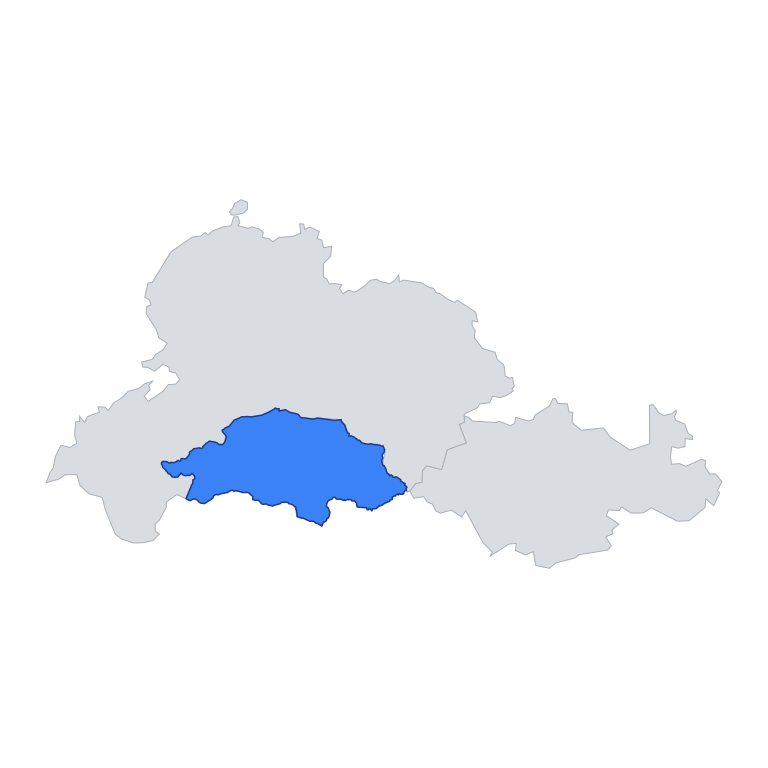 Mongolia highlighted, Mercator projection, rotated 180°
{"feature_id": "MNG", "entity_name": "Mongolia", "entity_type": "country or territory", "adm_level": 0, "iso_a3": "MNG", "parent_name": "Asia", "parent_adm1": "", "projection": "mercator", "projection_center": [102.872, 46.856], "detail": "fine", "context": "with_neighbors", "style": "filled", "palette": "blue", "viewbox_px": 768, "rotation_deg": 180, "n_neighbors": 2, "source": "natural_earth", "source_scale": "50m", "svg_char_len": 10094}
<svg xmlns="http://www.w3.org/2000/svg" viewBox="0 0 768 768"><g transform="rotate(180 384 384)"><path d="M358.2,276.9L352.3,284.6L346.0,285.7L345.6,297.1L341.4,302.2L326.3,298.5L320.8,318.3L301.7,325.1L308.6,343.5L303.4,346.2L304.0,352.1L299.3,350.6L295.4,346.9L271.5,345.5L268.7,346.7L257.8,342.3L253.5,344.4L252.3,350.6L239.8,347.0L234.7,348.5L233.0,353.0L218.6,362.0L215.2,369.3L212.4,369.3L210.3,364.6L200.6,364.2L199.0,355.9L195.3,355.8L195.9,345.4L186.8,337.8L164.7,340.1L157.4,330.6L137.9,317.8L118.3,324.2L118.6,362.8L114.7,363.3L109.3,355.3L104.2,352.4L95.5,354.6L92.1,358.0L91.7,355.5L93.6,351.2L92.1,347.6L83.3,344.0L79.8,334.5L75.6,331.9L75.4,328.4L82.8,329.4L83.1,321.5L89.6,319.8L96.3,321.4L97.6,310.7L96.3,303.8L88.6,304.4L82.1,301.7L66.2,308.9L62.3,307.1L63.1,301.4L58.2,293.8L52.6,294.1L46.1,286.4L50.5,277.6L48.3,275.2L54.3,262.2L62.2,269.1L63.1,260.4L78.9,247.2L90.8,246.9L116.7,260.2L124.8,255.1L136.9,254.9L146.6,261.1L148.8,257.5L159.6,258.1L161.5,252.3L149.1,243.9L156.4,237.8L155.0,234.4L162.3,231.1L156.8,222.3L160.3,217.9L188.9,213.4L192.6,210.1L211.7,205.3L218.6,199.7L232.3,202.6L234.7,216.3L242.6,213.1L252.5,217.5L251.8,224.6L259.1,223.9L278.3,211.6L275.5,215.7L285.2,225.7L302.3,257.3L306.3,250.9L316.8,257.9L327.8,254.8L332.0,257.0L335.7,263.9L341.0,266.2L344.3,271.3L354.1,269.7L358.2,276.9Z" fill="#d9dde1" stroke="#a8b0b8" stroke-width="1"/><path d="M526.9,568.3L520.7,565.8L520.4,558.9L524.2,555.2L532.5,552.9L536.9,553.1L538.6,556.2L535.3,559.8L533.5,564.4L526.9,568.3ZM304.0,352.1L303.4,346.2L308.6,343.5L301.7,325.1L320.8,318.3L326.3,298.5L341.4,302.2L345.6,297.1L346.0,285.7L352.3,284.6L358.2,276.9L361.1,275.9L363.1,284.0L369.6,290.1L380.4,294.4L385.7,303.4L382.8,316.4L385.5,321.1L404.9,324.4L414.1,331.1L418.8,332.3L422.3,342.1L426.8,348.3L450.9,350.3L461.1,348.9L468.6,350.4L479.9,356.7L489.1,356.7L492.5,359.9L501.4,354.4L513.7,350.8L525.2,350.4L534.1,346.7L544.9,337.6L541.2,330.0L545.2,323.1L557.4,326.2L565.0,320.5L576.6,316.3L582.2,309.0L587.6,305.9L598.7,304.4L604.7,305.6L605.5,301.7L598.6,293.8L592.5,290.1L586.6,294.3L579.1,292.6L574.8,294.0L572.8,289.4L581.9,269.0L591.1,273.4L601.8,265.9L601.7,260.7L608.6,247.8L612.9,243.8L612.8,236.9L608.6,234.0L614.9,227.6L624.4,225.3L634.5,225.0L645.9,228.8L652.6,233.5L662.9,258.8L665.7,270.5L679.0,274.2L688.0,282.5L691.1,293.3L702.7,293.3L709.3,288.8L721.9,285.4L717.9,295.7L714.9,299.8L712.3,312.0L707.2,322.6L697.9,320.7L691.4,324.5L693.4,333.7L692.3,346.1L688.4,346.4L688.4,351.7L683.5,345.5L680.5,351.4L668.7,355.8L669.9,361.2L663.3,360.8L659.7,357.6L654.4,364.9L646.0,370.3L639.8,376.7L629.1,379.6L623.5,384.2L615.3,386.9L619.4,382.3L617.8,378.5L623.8,371.8L619.8,366.5L604.5,377.0L599.8,383.4L592.3,383.9L588.4,388.4L592.4,395.0L598.7,396.6L598.9,400.9L605.0,403.7L613.5,396.9L620.3,400.6L625.2,400.9L626.5,405.9L615.7,408.6L612.1,413.7L604.7,418.4L600.8,424.9L609.0,430.0L612.0,439.1L621.8,454.3L621.7,461.0L616.9,463.4L618.7,468.1L623.2,470.8L620.1,484.9L615.8,485.6L597.0,516.2L575.9,530.9L567.3,531.9L562.6,535.5L560.0,532.9L555.7,537.0L545.0,541.1L536.9,542.3L534.3,551.0L530.1,551.4L528.1,545.5L529.9,542.3L519.7,539.7L516.1,541.1L508.4,538.9L504.7,535.6L505.9,530.8L499.0,529.3L495.3,526.2L488.8,530.6L475.3,531.5L467.2,534.8L468.4,544.2L464.3,543.9L463.4,538.6L457.8,541.0L448.8,536.4L451.0,529.5L446.2,527.9L444.4,520.3L436.3,521.7L437.3,511.7L444.5,504.6L444.6,491.1L441.2,489.0L438.7,483.9L434.2,484.6L426.0,483.3L428.6,479.6L425.0,474.2L419.6,477.9L413.1,475.7L404.4,481.3L397.4,487.7L391.3,488.8L387.9,486.5L378.4,484.3L374.3,486.5L369.3,492.9L368.6,486.1L364.0,487.9L346.4,485.1L340.2,481.3L334.3,479.5L331.7,475.3L327.5,474.1L319.8,468.4L313.6,465.6L310.5,467.8L292.4,455.9L290.2,446.0L295.7,447.2L296.0,442.6L292.9,437.9L293.7,430.4L285.5,419.5L272.9,415.7L270.7,408.4L265.0,404.0L263.7,401.2L262.8,391.9L258.2,389.7L255.7,390.7L253.7,381.6L255.9,379.4L254.8,377.0L262.1,372.3L267.4,370.4L275.5,371.7L278.4,365.3L288.2,364.1L290.9,360.0L302.9,354.5L304.0,352.1Z" fill="#d9dde1" stroke="#a8b0b8" stroke-width="1"/><path d="M361.6,277.5L362.5,277.5L363.9,276.4L364.1,275.9L364.1,274.9L364.5,274.1L366.0,273.7L366.5,273.9L367.9,273.7L368.7,274.2L369.4,274.1L369.6,273.8L369.6,273.2L369.9,273.1L370.4,273.7L370.7,273.9L371.5,273.5L372.0,273.2L372.2,272.4L372.5,272.0L373.0,272.2L373.7,272.2L374.3,271.6L375.7,271.0L375.8,270.6L375.5,269.7L375.6,268.8L376.4,268.2L377.4,268.2L378.1,267.8L378.3,266.8L378.7,266.5L380.0,266.2L382.2,265.1L383.3,265.0L384.1,264.0L384.7,263.8L386.1,262.7L388.5,262.0L389.1,262.1L389.3,261.4L389.9,260.9L390.5,260.8L391.3,259.7L392.1,259.3L395.0,259.3L395.6,258.4L395.8,257.5L396.3,257.3L396.8,258.0L398.0,259.0L398.3,259.4L398.8,259.5L399.2,259.1L399.5,258.3L400.1,258.2L400.8,258.3L401.3,259.8L402.0,260.4L403.3,260.3L406.0,260.6L409.4,260.8L410.7,261.0L411.0,261.5L411.5,264.0L411.5,265.0L411.9,265.5L412.3,265.7L413.1,266.6L413.5,267.4L414.3,267.1L415.9,267.1L416.6,267.5L416.8,268.1L417.3,268.4L419.4,268.3L419.8,268.6L420.4,268.7L420.8,268.3L421.9,268.0L422.5,267.5L423.0,267.5L423.6,268.1L424.0,267.9L424.2,267.6L424.6,267.6L425.8,268.2L426.5,268.8L427.0,268.9L428.0,268.6L428.2,268.9L428.7,269.1L429.5,268.7L431.6,269.0L432.5,269.9L432.8,270.5L433.3,270.8L434.5,270.7L435.9,269.5L436.2,268.7L437.2,268.3L438.2,268.3L438.9,267.7L439.4,267.5L440.1,266.7L441.3,264.0L441.6,261.8L441.5,261.3L441.0,261.0L440.5,260.8L439.6,259.9L439.1,258.4L439.0,257.4L438.0,255.8L438.1,255.0L438.7,253.6L438.8,252.2L439.0,251.4L439.3,251.0L439.6,250.2L440.1,249.7L440.8,249.7L441.0,249.5L441.2,248.6L441.7,247.4L442.0,246.9L444.2,245.8L445.2,244.6L445.5,243.9L445.8,242.5L446.2,241.9L446.7,242.1L447.2,242.9L447.7,242.9L450.1,244.3L452.5,245.0L454.0,246.4L454.9,246.6L458.2,246.8L464.0,249.4L465.2,250.1L465.8,249.9L466.6,249.9L470.7,251.3L471.1,251.8L471.1,252.5L471.0,253.0L471.0,254.3L471.4,255.0L471.6,256.8L471.5,257.7L471.7,258.2L472.0,258.4L472.3,259.0L472.1,260.0L472.1,260.6L472.4,261.1L473.5,261.4L474.1,262.1L475.1,263.0L476.4,263.7L478.7,264.2L479.3,264.5L479.8,265.3L480.7,265.4L482.3,266.0L483.6,265.5L485.7,265.8L486.5,265.6L487.8,264.4L488.7,264.0L489.7,263.9L490.4,263.6L492.6,263.1L493.5,263.0L494.8,262.1L495.7,262.0L498.1,262.7L499.5,262.8L501.0,263.7L502.1,264.0L504.8,263.7L505.8,263.9L507.6,265.3L508.3,266.6L509.8,267.8L512.9,267.8L515.0,268.3L515.3,268.5L515.2,269.4L515.2,271.3L515.4,271.7L515.7,271.8L515.9,272.4L517.3,273.2L518.8,274.8L519.7,275.4L520.4,275.6L521.3,275.5L525.1,275.5L526.8,275.9L527.3,276.2L532.5,277.4L533.4,276.9L534.2,276.8L535.7,277.8L536.3,277.7L537.3,277.4L541.1,275.2L541.8,275.4L544.2,274.7L546.8,274.4L549.1,273.4L550.0,273.2L551.5,273.5L552.4,273.3L554.3,272.2L555.1,270.0L558.2,267.6L560.6,266.4L562.0,265.2L563.7,264.4L564.4,264.6L567.1,264.9L569.1,266.0L569.8,266.9L571.2,268.2L572.4,268.9L574.6,269.0L577.7,267.5L578.4,267.5L579.4,267.9L580.9,268.6L581.5,269.1L581.9,269.7L577.0,281.2L576.9,281.9L576.4,283.0L575.4,284.3L575.1,285.7L575.2,286.9L575.1,288.1L573.1,289.4L573.3,291.5L573.8,292.3L574.5,293.2L575.9,294.5L576.7,294.2L577.3,293.3L578.5,292.5L580.6,292.7L581.7,292.4L582.5,292.4L583.6,292.6L584.9,293.1L585.9,293.9L586.5,294.7L587.0,294.9L587.8,293.8L588.6,293.1L590.2,291.0L591.8,290.9L592.3,290.7L593.1,290.6L593.8,290.9L595.8,291.1L596.3,291.5L597.8,293.7L599.8,294.5L600.2,294.8L600.6,295.9L600.9,296.3L601.8,296.9L602.1,297.6L603.6,299.3L605.0,300.5L605.4,301.2L605.4,301.9L605.6,302.4L606.5,303.8L606.4,304.5L606.5,305.2L606.2,305.9L605.0,306.6L604.3,306.6L603.2,306.4L602.1,306.5L600.9,306.2L599.8,305.6L599.3,305.2L598.4,304.9L598.0,305.0L597.5,305.6L596.9,305.5L596.4,305.6L594.3,305.4L592.5,305.9L591.3,306.4L590.6,307.4L590.0,307.6L589.5,307.5L588.5,306.8L587.7,306.8L587.4,307.0L587.1,308.5L587.1,309.0L586.9,309.3L586.4,309.4L584.2,309.3L583.3,309.0L582.7,309.1L582.0,309.7L581.4,309.8L581.0,310.1L580.7,311.0L579.5,312.2L578.3,314.5L578.6,315.5L578.2,316.1L577.6,316.7L577.0,316.8L576.2,317.4L574.3,319.2L570.3,319.9L568.5,320.1L567.1,319.6L566.4,319.7L565.7,320.0L565.4,320.2L565.2,321.2L564.7,322.0L562.7,323.6L562.1,324.5L561.7,324.8L560.5,325.3L558.8,326.7L558.3,326.9L556.1,326.4L554.2,326.2L551.6,325.4L550.8,325.1L550.0,324.1L549.3,323.5L547.1,323.5L546.4,323.3L545.4,323.5L544.3,324.5L543.3,326.0L542.7,327.7L542.3,329.4L541.7,330.4L541.6,331.0L541.8,331.4L542.3,332.0L542.5,332.8L543.2,333.7L545.0,335.6L545.7,336.8L545.8,337.5L545.7,337.9L545.3,338.3L544.4,338.4L542.7,340.2L542.4,340.2L538.6,341.8L534.5,347.0L534.0,347.8L528.6,350.0L526.7,351.0L525.9,351.2L524.3,351.2L520.9,351.5L517.0,351.1L506.3,352.8L499.4,355.8L495.2,358.1L494.3,358.4L493.2,359.7L492.6,359.9L491.7,359.4L488.9,359.2L488.9,357.0L482.9,358.3L478.1,355.7L471.1,354.1L469.7,353.5L469.0,352.7L467.7,350.9L467.3,350.6L466.0,350.2L463.0,350.1L454.5,348.8L450.6,349.9L433.3,347.6L427.0,348.3L426.8,348.0L426.7,347.0L426.4,346.1L425.4,345.2L424.7,344.4L423.4,343.2L423.0,342.5L422.9,341.4L421.0,336.4L420.5,335.4L420.1,335.0L419.2,334.8L418.9,334.5L418.9,333.8L419.3,332.1L419.1,331.9L416.8,332.1L414.3,331.1L412.6,329.8L411.6,329.3L410.4,328.0L408.5,327.7L407.8,327.1L407.0,326.0L406.2,325.2L405.1,324.8L403.4,324.4L399.6,323.8L398.0,324.1L396.8,324.1L394.9,323.8L393.8,323.4L390.4,323.3L389.3,322.8L388.3,322.9L387.6,322.6L387.0,322.1L386.3,321.8L385.6,321.8L385.3,322.1L385.0,322.1L384.8,321.3L384.1,320.2L384.0,319.6L383.4,318.5L383.7,316.2L384.4,314.9L384.8,314.5L385.9,312.9L385.9,312.1L385.5,311.3L385.3,310.3L385.3,309.7L385.7,309.0L386.2,307.4L386.2,307.0L386.0,306.7L385.8,305.0L384.9,302.7L383.8,302.2L382.1,299.0L381.9,298.5L381.9,297.6L381.5,296.5L381.0,295.5L380.8,294.8L380.7,294.6L379.8,294.3L379.1,293.8L378.8,293.1L378.7,292.6L378.5,292.3L378.0,292.2L377.6,292.7L377.0,292.9L376.6,292.9L375.5,291.9L375.0,290.9L374.3,290.6L373.2,290.6L372.2,291.1L371.0,290.9L370.0,289.9L369.4,289.7L367.4,288.4L367.4,287.3L367.0,286.5L366.2,286.3L365.4,285.5L362.9,284.5L362.8,284.2L363.4,283.2L363.5,282.8L363.3,282.5L361.8,281.8L361.6,281.3L361.1,280.8L361.2,280.3L362.0,279.8L362.1,279.4L361.8,279.0L361.6,278.5L361.7,278.0L361.6,277.5Z" fill="#3b82f6" stroke="#1e3a8a" stroke-width="1.5"/></g></svg>